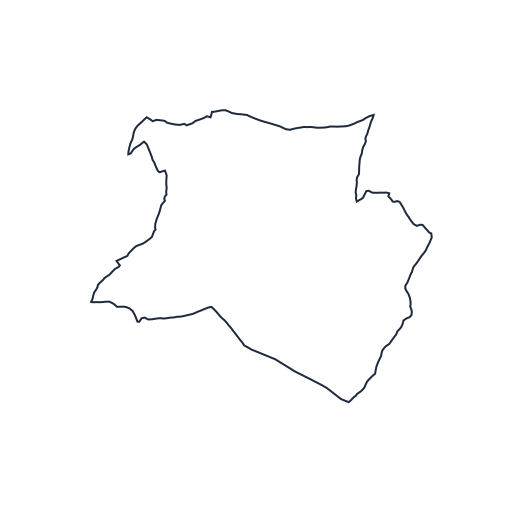 Ndhiwa, Nyanza, Kenya, rotated 246°
{"feature_id": "3690345B51434917036574", "entity_name": "Ndhiwa", "entity_type": "district", "adm_level": 2, "iso_a3": "KEN", "parent_name": "Kenya", "parent_adm1": "Nyanza", "projection": "natural_earth1", "projection_center": [34.403, -0.712], "detail": "fine", "context": "isolated", "style": "outline", "palette": "slate", "viewbox_px": 512, "rotation_deg": 246, "n_neighbors": 0, "source": "geoboundaries", "source_scale": "gbopen_adm2", "svg_char_len": 4862}
<svg xmlns="http://www.w3.org/2000/svg" viewBox="0 0 512 512"><g transform="rotate(246 256 256)"><path d="M405.6,274.4L403.5,272.9L401.2,270.9L403.6,268.0L403.3,264.6L403.4,262.3L403.5,261.1L403.6,259.9L404.0,255.8L403.1,251.8L403.3,249.2L403.6,245.8L405.9,244.2L406.7,239.8L409.2,235.3L411.8,231.7L414.0,228.9L415.7,228.1L416.5,227.5L417.2,226.7L418.6,224.3L420.8,220.5L421.2,216.4L424.1,214.8L427.2,212.5L426.2,209.5L425.2,206.9L424.7,205.3L424.3,204.1L423.2,200.8L421.6,197.9L420.9,197.0L419.9,195.9L418.2,194.3L415.5,192.5L412.6,190.2L409.5,186.7L405.8,183.8L403.3,182.0L400.8,180.7L400.6,183.3L401.3,184.3L401.9,185.2L403.2,187.3L403.7,188.6L404.2,191.1L404.5,193.8L404.7,195.2L405.4,197.6L406.0,200.2L402.9,201.5L400.4,201.6L398.1,201.5L395.3,201.4L392.5,201.3L388.8,201.1L386.0,200.6L382.8,201.1L379.5,200.9L376.4,200.9L373.8,200.9L371.7,202.0L371.4,205.2L371.0,207.6L368.4,207.4L365.8,207.1L363.0,205.6L360.4,204.2L357.9,203.2L354.4,202.0L351.1,200.0L348.5,199.2L347.4,196.9L345.6,195.5L343.5,195.3L342.2,192.4L340.9,190.1L338.8,188.4L336.8,186.8L336.1,186.2L334.5,184.8L332.6,182.8L329.8,180.0L326.5,177.2L323.1,175.4L321.0,175.0L320.4,173.5L319.5,172.4L317.5,170.4L315.7,168.5L314.8,165.5L313.8,160.8L313.3,157.1L313.6,153.9L313.8,150.7L312.8,147.2L311.3,143.6L310.2,140.8L308.4,138.5L308.4,134.2L308.3,130.2L308.2,126.6L305.2,127.2L302.9,127.8L301.9,126.2L301.5,121.8L300.0,118.0L298.5,114.5L298.0,111.2L297.5,108.7L296.2,106.2L295.1,102.6L293.9,99.8L292.0,98.5L290.4,96.4L288.4,93.2L285.5,90.8L283.1,89.0L281.1,86.7L280.1,88.2L279.4,89.8L278.7,91.7L277.7,93.7L277.1,95.0L276.6,96.3L275.9,98.6L275.5,99.6L275.1,100.7L274.0,103.4L272.0,105.1L271.1,105.8L270.2,106.4L268.1,107.5L266.0,108.5L264.8,111.5L263.5,114.6L261.9,116.9L260.0,118.7L259.4,119.2L258.5,119.6L256.0,120.9L253.2,121.1L251.8,121.3L250.7,121.2L248.4,121.3L247.5,121.2L246.6,121.1L244.3,121.0L243.4,122.4L244.9,125.1L245.6,126.0L245.0,129.3L242.6,131.1L241.8,131.8L240.4,135.5L239.6,138.8L238.3,142.9L236.3,146.5L235.4,149.5L234.7,152.2L233.2,156.3L232.6,159.1L231.5,161.9L231.1,163.3L230.7,164.8L229.9,169.1L229.1,173.2L228.7,176.2L228.8,179.3L228.6,183.0L228.5,186.8L228.4,191.0L227.7,194.5L224.1,196.1L220.6,197.3L217.5,198.2L215.3,198.8L212.9,199.7L210.5,200.9L207.0,202.1L204.0,202.8L200.5,203.9L197.3,204.6L195.0,205.2L192.8,205.7L190.3,206.3L186.1,207.3L182.7,208.3L179.2,208.8L173.2,213.3L172.5,213.7L153.8,231.6L134.7,244.6L120.8,256.0L118.0,258.2L110.4,264.3L106.4,267.1L90.7,275.5L84.8,281.2L85.5,283.7L87.2,287.7L87.8,290.6L88.8,292.0L89.0,293.0L89.8,297.1L91.5,301.2L94.0,303.9L96.0,306.3L97.2,308.7L97.6,309.7L98.0,310.9L98.7,312.6L99.1,313.8L99.8,316.1L100.0,316.9L102.7,318.7L106.1,321.1L108.7,323.7L111.2,326.5L113.7,329.6L116.2,331.2L118.4,333.1L120.0,336.0L120.9,338.6L121.3,341.3L121.7,342.3L122.4,343.6L124.0,346.2L125.8,349.3L127.3,352.1L129.7,354.6L131.0,357.9L132.2,360.0L133.3,361.3L134.1,362.1L134.9,362.8L137.1,364.6L137.8,368.2L137.6,371.3L138.8,374.0L141.7,375.7L144.2,376.2L147.0,376.3L149.4,377.8L152.4,378.9L155.6,379.6L159.5,379.8L163.0,379.2L165.7,379.2L168.2,380.4L170.0,383.3L171.7,385.1L173.5,387.0L175.2,388.6L176.8,390.3L177.9,391.9L178.6,392.5L179.4,393.1L182.0,395.5L184.3,400.1L186.2,403.1L188.7,407.1L190.4,410.6L192.1,413.4L195.1,416.8L197.3,419.7L199.1,421.6L201.5,424.1L205.3,425.3L207.0,423.8L210.0,422.9L212.6,422.0L214.6,421.5L216.6,420.8L217.8,418.8L218.1,415.2L221.2,412.9L223.9,412.3L224.6,412.1L226.5,411.7L227.6,411.5L229.5,411.3L232.0,410.7L235.7,410.3L238.6,410.2L241.3,410.0L244.4,409.6L247.0,409.2L248.8,407.3L249.0,404.8L250.2,403.0L252.5,402.6L255.1,401.8L256.7,401.2L259.1,403.2L260.9,400.9L262.0,398.2L263.4,395.1L264.6,392.1L266.0,389.1L266.7,387.8L269.7,385.6L270.4,383.2L268.7,381.0L267.1,379.2L265.5,377.0L265.2,374.7L264.7,370.2L267.8,370.7L270.7,372.3L273.8,373.0L276.3,374.5L279.1,376.4L282.0,378.0L284.8,379.0L286.7,380.3L288.9,383.3L292.0,384.9L294.8,386.2L296.8,387.2L298.8,388.4L301.2,389.6L303.2,390.9L304.8,392.5L306.7,394.4L309.6,396.2L312.2,398.5L313.9,400.8L316.0,403.0L319.1,403.8L320.9,405.6L322.6,407.6L325.3,409.8L328.2,412.6L330.4,414.4L332.4,416.2L334.4,418.6L337.0,420.8L337.6,416.7L337.4,412.3L336.8,409.2L336.9,406.0L337.2,402.9L337.1,401.9L337.0,400.3L337.1,397.5L337.3,394.0L338.1,390.5L339.4,387.2L340.0,385.8L340.3,384.9L341.1,382.8L342.0,381.0L343.0,378.9L344.1,376.4L344.7,373.5L345.5,370.9L346.4,368.5L347.6,365.6L348.8,363.1L350.1,361.1L351.8,358.1L352.9,355.2L354.3,352.5L355.1,349.5L356.1,345.7L356.9,342.2L357.5,338.4L359.6,335.0L362.3,332.6L363.9,331.3L365.7,329.5L367.8,327.0L370.2,324.3L372.7,321.3L376.2,317.1L379.0,314.0L382.3,310.7L385.0,308.1L387.1,306.2L388.4,305.3L389.6,303.3L391.5,300.1L393.1,297.0L393.9,295.8L394.5,294.9L396.5,292.0L398.8,290.1L401.5,287.5L403.1,283.8L404.1,279.2L404.9,276.1L405.2,275.2L405.6,274.4Z" fill="none" stroke="#1e293b" stroke-width="2"/></g></svg>